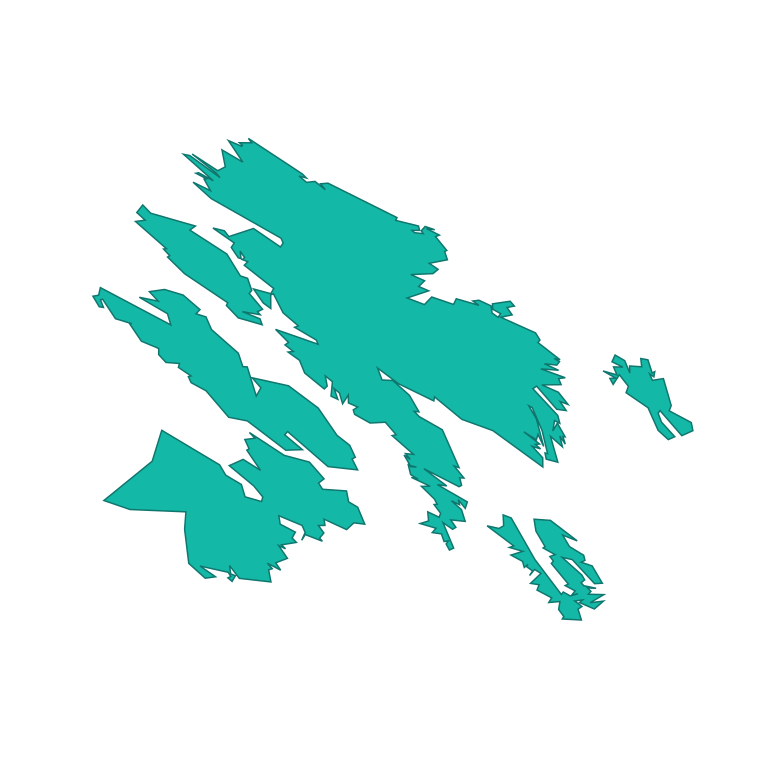 outline of Austrheim nor, Norway, rotated 170°
{"feature_id": "86288312B90213483192723", "entity_name": "Austrheim nor", "entity_type": "district", "adm_level": 2, "iso_a3": "NOR", "parent_name": "Norway", "parent_adm1": "", "projection": "mercator", "projection_center": [4.933, 60.784], "detail": "fine", "context": "isolated", "style": "filled", "palette": "teal", "viewbox_px": 768, "rotation_deg": 170, "n_neighbors": 0, "source": "geoboundaries", "source_scale": "gbopen_adm2", "svg_char_len": 6160}
<svg xmlns="http://www.w3.org/2000/svg" viewBox="0 0 768 768"><g transform="rotate(170 384 384)"><path d="M350.6,215.7L348.4,209.1L343.9,210.3L350.0,237.3L341.7,229.0L338.1,230.4L341.9,238.6L327.9,234.6L329.5,246.8L337.9,257.3L330.6,252.0L331.0,257.2L325.6,247.4L322.4,253.4L349.0,275.7L339.9,272.7L359.5,293.7L327.9,269.8L325.2,270.7L325.7,278.4L321.6,277.5L329.1,291.0L324.6,288.6L334.5,328.8L355.0,345.8L359.0,351.8L354.4,350.5L360.9,368.4L374.7,385.9L385.2,388.3L387.6,400.9L369.6,381.7L337.9,358.7L336.5,362.6L313.5,335.7L284.9,319.2L242.0,274.7L240.5,283.8L248.9,296.9L241.1,292.9L245.4,298.2L241.2,297.9L254.6,312.6L243.6,302.7L241.1,307.6L237.6,294.8L240.0,323.3L245.2,337.4L242.1,335.0L236.4,310.7L235.0,287.0L237.4,288.1L237.3,281.8L226.4,276.8L229.1,303.5L219.2,291.2L219.9,302.4L215.9,293.3L216.9,301.2L214.8,300.5L220.1,315.3L225.9,308.4L222.4,318.4L217.7,314.8L218.3,322.8L238.2,353.5L234.1,355.4L218.3,329.1L209.2,326.2L213.7,336.2L206.3,331.9L213.7,345.6L228.7,355.7L209.7,352.6L211.1,359.0L204.4,358.7L227.0,371.7L209.7,367.2L222.5,376.1L210.6,372.6L207.3,375.5L212.0,379.6L206.4,377.3L225.2,398.1L222.8,400.2L225.9,408.0L257.5,429.5L245.8,429.8L249.6,438.0L242.1,438.1L245.4,443.6L263.3,444.1L263.9,438.7L256.9,433.0L260.1,429.9L265.2,435.1L265.1,442.4L276.0,450.0L282.1,450.3L276.9,445.0L298.0,455.4L301.7,450.3L321.9,461.4L330.4,455.2L346.3,464.7L323.8,468.0L332.9,474.0L326.1,478.6L338.6,487.1L316.6,484.2L310.8,487.5L318.5,495.0L300.0,495.3L301.3,504.0L299.0,504.6L307.7,520.2L303.6,521.0L315.2,529.7L307.3,527.1L316.1,532.0L320.7,528.4L319.2,525.2L327.6,527.7L329.8,530.4L322.3,529.1L322.6,533.6L344.1,543.1L342.3,545.6L404.3,591.5L411.7,592.2L408.0,585.4L416.8,595.5L425.2,596.0L431.6,603.6L424.7,600.4L427.9,605.0L474.9,649.4L472.5,644.5L484.5,646.7L482.0,643.6L482.9,642.8L494.9,650.7L484.5,627.0L502.9,642.7L502.6,625.4L510.7,622.9L533.0,643.8L512.7,620.9L509.6,615.7L535.6,642.7L541.5,645.0L516.8,613.8L529.8,624.2L532.6,624.2L523.1,616.9L525.6,617.0L521.3,604.5L537.0,615.9L522.0,596.6L460.1,545.5L458.8,540.4L462.2,536.9L485.5,559.8L511.2,556.1L514.6,562.6L525.4,567.3L507.0,548.9L510.7,545.0L505.6,533.6L503.0,532.3L502.6,539.8L499.3,532.7L502.0,531.2L496.9,528.1L501.0,525.2L476.0,497.2L479.8,492.6L495.9,500.2L488.9,484.8L482.4,478.0L480.1,491.4L477.2,492.0L471.0,471.6L458.2,456.1L462.2,455.4L443.0,439.0L442.0,434.6L481.3,456.6L470.8,441.5L474.7,439.7L467.6,431.8L472.9,432.1L463.1,422.0L460.2,408.6L443.7,389.5L440.3,391.8L440.4,402.2L434.4,395.2L438.3,381.2L432.1,376.9L433.9,388.0L429.5,383.0L428.2,371.7L421.1,379.3L422.3,371.5L413.9,365.9L418.8,363.8L418.2,359.2L404.5,348.0L389.3,346.1L380.8,331.9L385.0,331.8L367.2,309.6L374.8,311.7L371.3,305.2L376.6,310.6L372.3,299.1L366.4,296.5L372.3,298.1L374.2,301.2L373.5,290.2L366.9,284.2L373.3,287.3L356.3,275.3L364.9,276.7L354.3,261.9L352.5,256.3L355.6,256.6L350.7,246.9L352.8,243.2L363.1,250.5L363.9,241.4L372.6,240.3L357.8,232.9L362.3,229.3L353.5,226.4L352.2,218.4L347.8,218.3L350.6,215.7ZM607.4,241.2L593.8,223.8L583.4,223.4L596.8,236.7L570.1,225.6L568.3,221.0L571.4,220.2L567.9,216.0L563.6,221.0L567.9,223.6L567.7,232.1L560.2,217.7L529.7,208.7L529.9,221.0L526.1,221.5L530.0,227.8L518.1,218.6L521.7,226.7L509.4,229.1L515.8,243.2L509.6,238.8L512.9,243.4L497.8,243.2L501.2,248.3L497.0,253.5L510.6,264.0L510.4,272.5L489.2,258.9L487.4,251.5L492.2,244.4L487.7,249.4L472.0,239.9L474.2,243.4L469.1,247.7L473.1,256.0L466.7,255.0L466.5,261.3L446.1,247.1L437.8,252.5L427.3,249.3L431.3,267.2L439.3,274.1L439.5,285.2L462.8,291.0L465.6,297.8L459.5,301.0L471.1,320.1L494.7,331.1L525.0,359.6L520.5,353.0L530.7,353.5L528.1,343.6L530.6,342.7L520.6,320.4L535.8,334.2L550.6,330.5L530.0,306.3L523.0,293.8L525.0,289.5L540.4,297.0L541.9,309.8L555.7,321.7L559.9,332.9L610.9,377.0L625.7,348.2L680.1,317.9L655.9,304.5L601.3,292.5L605.6,275.5L607.4,241.2ZM453.5,312.4L424.9,304.0L428.4,315.8L425.0,316.8L428.4,329.6L439.2,341.6L453.0,371.8L478.3,398.8L512.7,413.0L505.9,401.6L511.9,394.3L515.7,424.6L520.0,425.6L522.1,439.6L544.4,467.5L547.7,481.0L556.9,485.8L552.3,489.2L566.4,506.5L583.7,515.2L599.0,515.7L592.0,504.8L609.9,511.9L585.0,490.8L583.7,479.2L646.6,528.2L649.6,521.0L655.4,521.0L651.0,509.5L647.0,508.1L648.6,516.2L646.4,516.4L637.1,494.9L621.9,487.2L624.0,487.4L615.5,468.3L599.7,458.1L600.8,452.1L595.0,443.1L581.8,439.7L583.6,436.1L572.6,425.4L575.4,425.2L573.7,418.8L560.4,408.2L542.7,378.2L525.0,371.4L492.3,335.9L475.8,333.5L490.6,351.2L487.2,353.9L453.5,312.4ZM493.7,463.5L494.8,469.7L510.9,479.9L493.9,473.7L496.0,477.1L490.6,478.7L501.0,496.6L498.0,499.1L500.0,511.8L506.7,515.4L516.2,539.3L548.5,569.3L542.3,572.3L584.1,592.7L590.5,602.2L597.7,595.8L590.7,586.8L600.5,587.2L574.8,555.1L577.7,555.2L572.7,547.5L575.1,546.6L561.2,527.2L523.8,491.2L525.6,488.7L516.0,474.4L493.7,463.5ZM230.6,117.3L232.0,128.6L227.7,130.5L233.8,137.2L225.8,136.9L229.4,134.8L215.9,125.9L205.5,132.1L219.0,132.8L204.1,138.4L219.3,141.5L216.2,143.9L219.0,147.8L210.6,146.0L222.3,150.7L224.4,154.1L220.4,156.2L222.3,161.5L238.7,182.3L229.1,178.4L211.3,150.8L203.6,149.9L210.6,168.7L220.9,174.3L216.7,175.4L217.1,180.7L229.6,191.7L234.3,204.2L221.0,196.0L243.8,220.8L259.7,224.8L259.9,212.7L253.6,195.8L255.8,194.9L245.1,186.2L250.6,185.3L247.9,180.2L250.4,178.2L237.2,155.0L240.6,154.0L231.7,147.1L235.8,143.5L229.4,143.8L237.3,142.9L243.6,148.0L245.9,145.9L265.9,185.0L282.0,230.0L289.4,234.4L290.8,223.6L295.9,221.8L307.1,226.4L284.3,202.0L288.9,201.3L276.3,195.1L288.7,193.5L278.4,185.3L277.7,179.0L273.4,181.4L275.5,179.6L270.1,174.1L273.9,170.1L267.9,175.2L262.3,170.2L274.3,162.2L266.1,159.4L269.1,154.5L256.0,144.3L259.7,140.2L248.5,139.2L251.2,131.6L247.3,123.8L249.2,121.6L230.6,117.3ZM99.7,281.4L87.9,284.4L88.1,292.7L107.8,308.1L104.9,312.9L107.9,340.8L119.0,341.0L120.7,347.9L117.0,344.2L115.2,349.2L118.0,348.3L119.9,362.0L126.7,364.5L127.2,356.2L139.0,359.1L140.0,352.1L142.9,365.2L151.4,372.4L155.6,366.3L145.7,359.1L155.0,361.0L153.0,352.5L166.0,358.8L154.6,349.5L160.6,350.3L158.4,343.8L150.6,352.2L143.7,339.3L147.1,333.4L128.1,314.8L122.1,290.8L113.7,279.9L106.8,281.6L117.3,298.2L119.1,307.5L116.8,309.9L99.7,281.4Z" fill="#14b8a6" stroke="#0f766e" stroke-width="1.5"/></g></svg>